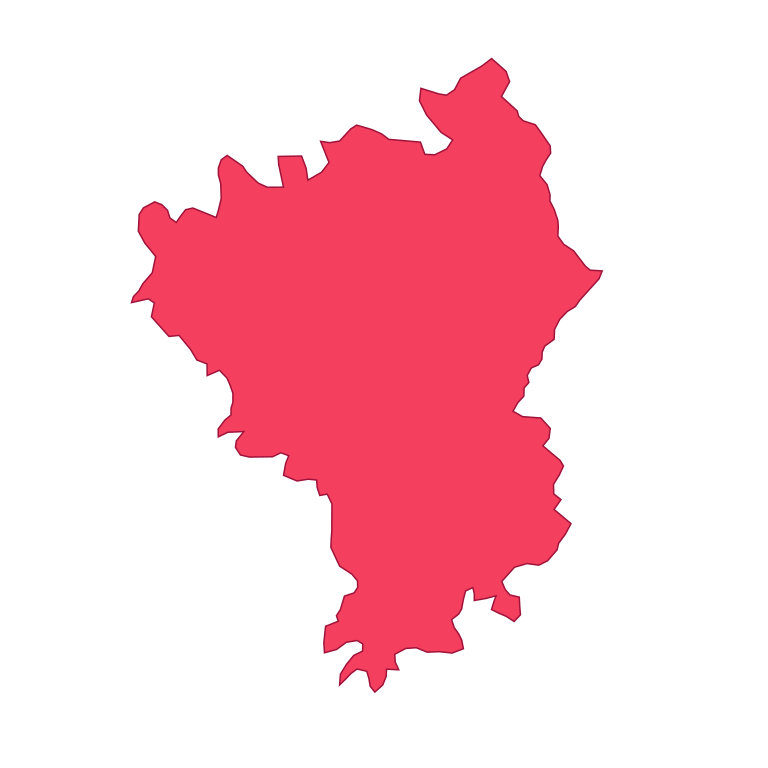 Planalto, Paraná, Brazil (Equal Earth projection), rotated 260°
{"feature_id": "56859067B30656278128756", "entity_name": "Planalto", "entity_type": "district", "adm_level": 2, "iso_a3": "BRA", "parent_name": "Brazil", "parent_adm1": "Paraná", "projection": "equal_earth", "projection_center": [-53.725, -25.732], "detail": "fine", "context": "isolated", "style": "filled", "palette": "rose", "viewbox_px": 768, "rotation_deg": 260, "n_neighbors": 0, "source": "geoboundaries", "source_scale": "gbopen_adm2", "svg_char_len": 2937}
<svg xmlns="http://www.w3.org/2000/svg" viewBox="0 0 768 768"><g transform="rotate(260 384 384)"><path d="M670.7,558.5L685.8,546.5L680.1,535.4L671.9,512.6L661.6,504.6L657.6,495.7L660.3,488.0L668.8,471.7L656.8,468.1L641.6,472.6L621.9,483.9L612.5,494.0L604.7,486.7L600.9,473.8L603.1,464.1L615.9,461.9L624.1,431.2L630.7,425.1L636.5,416.5L643.7,402.0L641.0,395.5L631.0,382.5L631.1,372.4L634.0,363.7L611.7,368.3L603.4,359.3L598.0,344.4L610.0,344.8L622.8,342.4L626.5,319.3L618.5,318.4L595.3,319.2L598.0,303.3L603.7,295.0L616.4,285.6L622.9,282.8L636.3,269.3L633.1,262.7L625.5,258.4L618.6,257.2L609.8,258.0L594.9,255.9L583.7,251.0L577.1,247.7L590.5,226.3L590.1,218.9L584.7,212.9L579.2,207.5L584.7,202.0L592.6,201.0L599.2,196.3L603.2,189.8L599.2,177.6L593.4,172.3L577.1,168.6L564.1,173.0L557.6,176.7L549.2,181.3L533.8,175.1L524.9,164.2L518.0,158.5L513.7,152.5L508.0,149.5L508.8,166.7L503.7,171.9L490.6,166.6L468.2,180.5L467.4,190.6L451.6,199.5L440.1,203.9L434.5,213.2L423.0,211.3L426.1,224.3L417.3,230.3L411.2,231.9L401.2,233.6L392.1,232.0L386.9,229.2L380.0,227.9L376.1,221.0L368.5,212.9L360.7,211.6L363.6,221.8L361.5,237.7L353.6,228.7L347.3,226.7L339.0,230.3L335.4,238.8L331.7,261.6L334.2,270.5L329.9,277.7L322.7,273.3L311.5,269.2L303.6,281.5L303.4,292.9L301.1,301.0L293.9,300.2L285.4,301.4L285.4,309.0L275.0,311.9L248.4,307.1L240.5,305.1L232.4,303.3L225.6,305.1L212.3,308.7L202.4,319.3L194.8,323.7L188.3,322.8L183.5,318.4L182.0,308.2L169.3,301.8L164.1,296.9L158.3,297.8L155.6,284.4L139.5,279.8L129.6,278.7L130.8,291.2L136.2,302.1L136.0,313.1L131.7,318.0L124.7,316.5L121.9,307.0L114.5,298.4L105.8,290.7L95.3,288.0L100.5,295.6L104.7,301.3L108.0,307.9L104.1,317.1L96.7,318.0L88.7,317.9L82.2,321.5L87.8,330.5L95.7,335.4L102.7,337.0L100.0,348.9L108.1,346.8L115.9,347.6L119.8,359.5L118.7,369.9L112.4,380.0L110.8,391.9L107.2,404.4L109.5,416.2L118.2,416.1L124.8,414.2L132.0,410.8L140.3,409.7L144.4,417.5L149.0,421.4L157.7,424.6L166.0,428.4L168.1,436.1L161.8,436.5L155.1,435.3L155.1,447.8L156.0,457.6L150.3,454.3L143.2,450.7L138.4,457.2L133.9,464.1L127.5,470.9L133.0,478.3L141.5,479.1L150.6,480.2L154.4,471.4L160.5,467.7L169.1,465.7L180.9,480.7L182.3,493.7L178.7,505.0L181.5,514.4L190.6,525.6L196.9,528.4L204.8,536.7L214.0,543.9L230.9,529.7L239.4,538.2L246.3,532.1L255.7,533.5L263.9,540.8L272.1,546.5L278.1,544.2L295.5,529.7L301.9,537.1L311.4,540.0L323.3,532.5L327.8,514.8L334.8,506.3L342.4,512.6L347.8,519.6L355.8,521.3L360.3,526.9L367.5,526.5L374.2,531.8L376.1,539.5L381.2,543.9L387.6,545.2L393.3,548.8L398.5,559.3L408.3,561.5L417.2,568.3L423.6,577.1L427.0,585.8L432.7,591.5L450.3,614.1L457.5,618.5L460.3,606.8L465.2,602.7L482.2,593.9L490.3,585.3L499.4,580.9L508.9,583.0L514.9,583.6L526.1,582.0L535.4,579.2L541.6,580.4L552.1,579.2L562.1,573.6L570.6,577.9L576.4,582.5L582.4,588.2L589.6,589.0L603.9,582.5L613.0,578.1L619.1,566.7L624.2,563.1L629.8,562.6L646.7,549.6L660.0,560.2L670.7,558.5Z" fill="#f43f5e" stroke="#9f1239" stroke-width="1.5"/></g></svg>